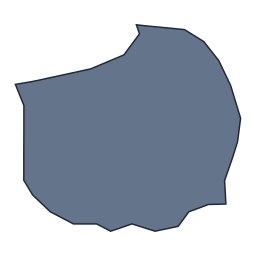 Istok, Albers equal-area conic projection
{"feature_id": "KOS-5887", "entity_name": "Istok", "entity_type": "District", "adm_level": 1, "iso_a3": "XKX", "parent_name": "Kosovo", "parent_adm1": "", "projection": "albers", "projection_center": [20.485, 42.778], "detail": "fine", "context": "isolated", "style": "filled", "palette": "slate", "viewbox_px": 256, "rotation_deg": 0, "n_neighbors": 0, "source": "natural_earth", "source_scale": "10m", "svg_char_len": 480}
<svg xmlns="http://www.w3.org/2000/svg" viewBox="0 0 256 256"><path d="M33.5,81.3L90.6,68.9L123.9,54.9L139.5,33.9L136.4,24.8L144.3,25.7L184.5,29.6L203.8,41.6L218.8,60.7L230.6,85.4L240.6,118.3L237.5,141.9L232.7,157.2L224.6,180.6L225.9,204.0L208.3,204.5L188.8,211.8L178.2,226.3L155.1,231.2L132.0,223.9L110.7,231.2L96.5,223.9L73.4,223.9L50.3,211.8L32.6,194.9L23.8,180.3L23.8,156.2L23.9,129.6L23.9,105.5L15.4,84.4L33.5,81.3Z" fill="#64748b" stroke="#1e293b" stroke-width="1.5"/></svg>